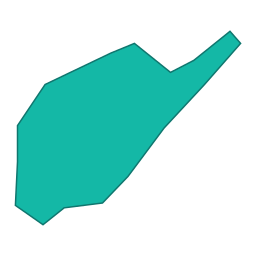 outline of Lapu-Lapu
{"feature_id": "PHL-5524", "entity_name": "Lapu-Lapu", "entity_type": "Highly Urbanized City", "adm_level": 1, "iso_a3": "PHL", "parent_name": "Philippines", "parent_adm1": "", "projection": "robinson", "projection_center": [123.984, 10.288], "detail": "fine", "context": "isolated", "style": "filled", "palette": "teal", "viewbox_px": 256, "rotation_deg": 0, "n_neighbors": 0, "source": "natural_earth", "source_scale": "10m", "svg_char_len": 321}
<svg xmlns="http://www.w3.org/2000/svg" viewBox="0 0 256 256"><path d="M134.4,43.4L170.5,72.4L193.9,60.3L230.0,31.3L240.6,43.4L204.5,84.5L164.1,128.0L128.0,176.4L102.5,203.0L64.2,207.8L43.0,224.7L15.4,205.4L17.5,161.8L17.5,125.6L45.1,84.5L111.0,53.0L134.4,43.4Z" fill="#14b8a6" stroke="#0f766e" stroke-width="1.5"/></svg>